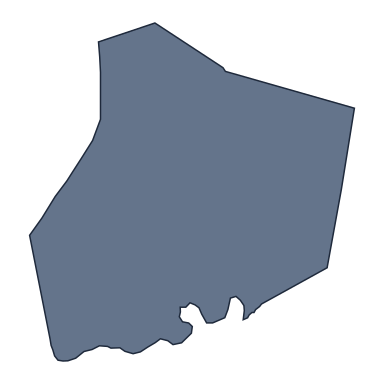 outline of R'Kiz, Trarza, Mauritania
{"feature_id": "47542326B92400580164100", "entity_name": "R'Kiz", "entity_type": "district", "adm_level": 2, "iso_a3": "MRT", "parent_name": "Mauritania", "parent_adm1": "Trarza", "projection": "mercator", "projection_center": [-15.137, 16.952], "detail": "fine", "context": "isolated", "style": "filled", "palette": "slate", "viewbox_px": 384, "rotation_deg": 0, "n_neighbors": 0, "source": "geoboundaries", "source_scale": "gbopen_adm2", "svg_char_len": 958}
<svg xmlns="http://www.w3.org/2000/svg" viewBox="0 0 384 384"><path d="M327.2,267.3L341.3,189.7L354.4,108.2L225.4,71.4L223.0,67.7L154.9,23.0L98.5,41.9L99.7,56.8L100.5,72.3L100.5,119.3L92.6,140.5L81.4,158.3L72.5,172.1L66.9,180.9L55.2,196.5L41.9,218.1L29.6,235.3L50.1,339.2L51.1,345.4L52.8,349.8L54.6,355.9L58.0,360.2L63.0,361.0L67.9,360.8L75.7,358.2L84.0,351.5L92.1,349.5L99.4,345.8L107.6,346.4L110.9,348.1L119.9,347.8L124.9,351.3L133.1,353.7L140.4,351.9L147.7,347.1L155.3,342.6L160.4,338.8L167.8,340.7L173.0,344.6L181.6,342.8L191.4,333.2L192.3,326.5L188.7,323.0L182.5,321.8L179.3,316.8L180.4,312.0L180.2,307.2L185.8,307.2L190.0,302.8L195.1,304.9L199.0,307.8L201.7,314.1L206.6,322.9L212.7,322.9L224.8,317.7L227.9,309.5L230.4,298.1L236.0,296.4L240.3,300.2L243.9,305.5L244.3,310.6L243.2,319.7L247.6,317.8L249.1,315.0L251.9,312.5L254.0,312.5L255.6,309.6L259.6,306.5L261.5,304.0L327.2,267.7L327.2,267.3Z" fill="#64748b" stroke="#1e293b" stroke-width="1.5"/></svg>